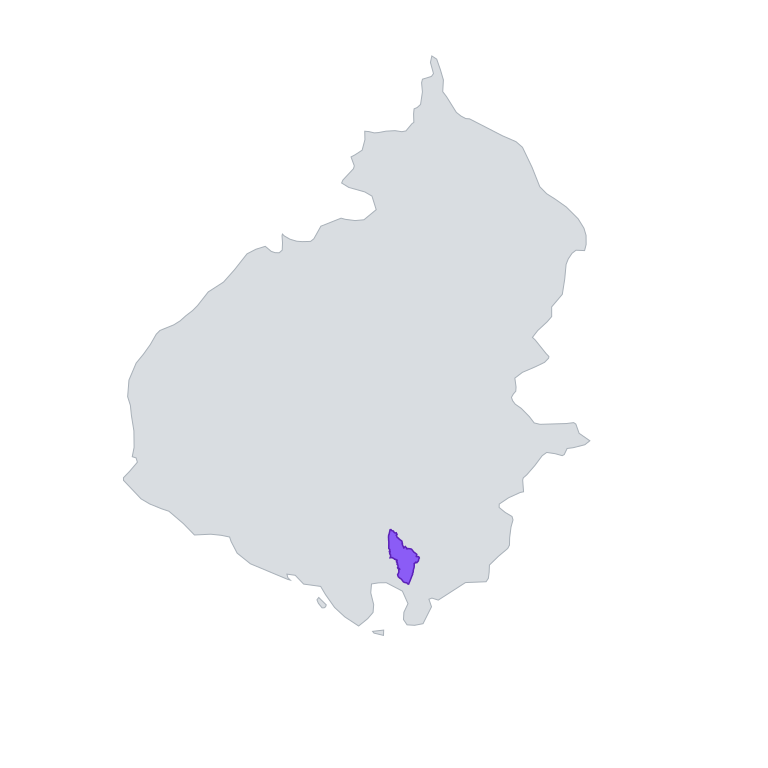 location of Kampong Seila, Kaôh Kong, Cambodia, rotated 319°
{"feature_id": "14789045B74772931755748", "entity_name": "Kampong Seila", "entity_type": "district", "adm_level": 2, "iso_a3": "KHM", "parent_name": "Cambodia", "parent_adm1": "Kaôh Kong", "projection": "mercator", "projection_center": [103.945, 11.169], "detail": "fine", "context": "in_parent", "style": "filled", "palette": "violet", "viewbox_px": 768, "rotation_deg": 319, "n_neighbors": 0, "source": "geoboundaries", "source_scale": "gbopen_adm2", "svg_char_len": 7855}
<svg xmlns="http://www.w3.org/2000/svg" viewBox="0 0 768 768"><g transform="rotate(319 384 384)"><path d="M635.3,167.8L636.9,173.4L632.7,183.9L628.3,193.5L620.1,201.9L619.7,208.1L616.8,226.5L617.9,232.3L619.8,237.3L622.5,240.0L629.7,258.0L636.2,274.3L642.6,287.7L643.8,296.2L637.9,317.6L631.0,337.3L631.6,347.1L634.5,356.9L637.7,370.0L638.9,386.7L637.1,397.6L634.0,404.4L628.1,411.3L622.9,414.9L616.7,409.0L611.7,408.7L605.1,410.5L599.9,413.2L589.2,423.4L577.4,433.3L561.1,435.8L554.8,443.1L548.0,444.1L535.1,444.5L526.6,446.2L527.0,449.9L526.3,467.3L526.5,471.4L525.2,472.5L519.4,473.0L509.5,470.3L496.1,466.0L486.6,465.4L481.7,472.9L478.7,475.9L475.1,476.4L471.4,477.7L470.1,481.1L469.8,485.3L471.6,492.5L472.3,504.0L471.8,511.9L475.3,516.8L495.7,533.5L501.8,537.6L502.5,540.1L498.9,549.2L502.1,561.9L495.7,561.6L485.0,556.2L479.9,552.8L473.7,555.5L471.5,555.0L467.4,548.8L461.9,542.4L456.3,541.9L444.3,544.5L432.2,546.2L427.6,546.2L425.7,547.4L418.6,556.9L415.6,555.2L403.4,551.6L392.2,550.2L389.9,552.7L391.2,560.4L393.7,568.0L392.2,571.2L386.1,575.2L378.0,582.4L373.0,587.9L369.5,589.3L357.2,589.1L344.8,589.8L339.9,595.0L335.3,599.1L331.3,600.2L315.2,587.3L283.2,582.7L279.7,577.0L276.7,575.9L273.7,583.3L256.2,590.5L248.8,586.2L243.4,580.9L244.2,574.5L249.3,569.3L258.0,565.5L262.0,552.4L255.4,535.5L249.6,530.6L243.4,526.7L237.0,532.9L231.5,543.7L225.9,549.2L217.8,550.4L206.1,550.0L201.6,534.0L200.1,520.2L201.7,504.5L203.4,495.2L192.1,482.3L191.5,470.1L186.0,463.8L184.4,467.0L184.6,470.5L183.0,468.0L165.2,432.0L162.2,415.3L165.3,402.5L167.1,398.2L161.9,391.4L154.7,383.7L141.9,373.6L141.0,357.7L138.2,338.9L134.4,332.5L128.5,320.9L125.3,311.3L124.2,285.8L125.9,283.8L134.9,283.0L146.6,281.2L148.4,277.1L146.3,273.7L153.8,267.9L164.5,255.3L172.7,242.1L178.6,233.7L182.2,225.4L194.1,213.7L210.7,205.6L221.9,203.7L233.6,200.9L244.8,197.0L250.1,196.6L264.0,201.4L271.5,202.6L279.4,202.5L287.6,203.0L294.7,202.5L311.8,199.2L329.8,201.8L346.0,199.7L366.0,195.9L375.8,198.3L384.7,202.2L385.9,209.9L388.0,213.5L391.0,216.2L395.0,216.2L400.1,210.8L404.3,205.2L405.7,204.2L405.9,206.9L408.0,213.0L411.8,219.0L415.7,222.9L422.1,228.2L426.3,228.4L439.9,223.5L460.4,230.7L462.8,234.3L469.4,241.7L476.6,246.9L492.5,247.3L498.2,234.3L495.5,226.4L486.4,212.6L483.9,204.5L486.8,203.1L502.2,201.5L504.7,199.9L508.1,191.0L512.3,192.0L520.9,193.2L529.9,187.1L535.3,180.6L538.2,183.6L541.4,188.1L544.9,190.7L551.4,194.5L558.5,200.0L563.0,205.3L566.6,207.4L575.7,205.9L578.2,206.1L583.5,199.6L587.2,196.1L590.4,197.1L595.0,197.0L604.6,188.8L610.0,181.3L613.0,179.2L621.6,183.0L625.0,182.2L630.0,171.8L635.3,167.8ZM195.5,512.8L193.8,513.8L192.1,513.7L190.4,512.3L190.6,506.5L191.8,502.9L194.7,502.3L195.5,512.8ZM222.3,569.5L218.7,573.4L213.0,565.4L213.1,563.2L222.3,569.5Z" fill="#d9dde1" stroke="#a8b0b8" stroke-width="1"/><path d="M293.5,497.7L293.1,497.9L292.1,498.6L291.6,499.0L290.5,499.8L289.4,500.6L289.1,500.7L289.0,500.9L288.9,500.9L288.7,501.0L288.4,501.1L288.1,501.3L287.9,501.6L287.6,501.9L287.2,502.2L287.0,502.4L286.7,502.8L286.1,503.6L285.6,504.2L285.1,504.8L284.7,505.4L284.4,505.9L283.6,506.8L283.2,507.3L282.4,508.2L281.8,508.8L281.5,509.2L280.8,510.0L279.8,511.1L279.6,511.5L279.8,512.1L279.8,512.3L279.7,512.7L279.6,513.0L279.4,513.1L279.3,513.3L279.0,513.5L278.7,513.7L278.4,513.7L278.1,513.9L278.0,514.0L278.2,514.3L278.1,514.6L278.4,514.7L278.3,514.8L277.9,515.1L277.7,515.3L277.4,515.3L277.2,515.6L277.1,515.9L276.9,515.9L276.8,516.1L276.8,516.3L277.0,516.7L276.9,517.2L276.8,517.3L276.7,517.4L276.4,517.6L276.4,517.8L275.8,518.5L275.6,518.8L275.2,518.9L274.9,518.9L275.0,518.8L274.9,518.8L274.8,519.2L275.0,519.2L275.2,519.4L275.4,519.5L275.6,519.8L275.9,520.0L276.0,520.1L275.9,520.2L276.0,520.3L276.2,520.5L276.4,520.7L276.5,520.8L276.5,521.0L276.5,521.3L276.7,521.5L276.8,521.9L277.0,522.6L277.1,522.8L277.0,523.2L277.1,523.3L277.3,523.4L277.3,523.6L277.4,523.9L277.6,523.9L277.7,524.0L277.8,524.1L277.8,524.3L277.7,524.5L277.8,524.8L277.8,525.0L277.9,524.9L278.0,524.8L278.0,524.7L278.1,524.9L278.1,525.0L278.2,525.3L278.2,525.5L278.3,525.6L278.2,525.8L277.9,526.0L277.6,526.0L277.6,525.8L277.3,525.9L277.3,526.1L277.1,526.2L277.0,526.4L276.7,526.5L276.7,526.8L276.5,527.0L276.8,526.9L276.9,527.1L276.7,527.2L276.7,527.3L276.8,527.4L276.8,527.5L276.7,527.8L276.5,528.0L276.3,528.2L276.1,528.2L275.9,528.3L276.0,528.4L275.9,528.5L276.0,528.6L276.1,528.9L276.0,529.0L275.7,529.2L275.7,529.4L275.5,529.6L275.5,530.0L275.3,530.4L275.1,530.7L274.8,531.0L274.5,531.2L274.1,531.3L273.7,531.5L273.6,532.0L273.7,532.4L273.7,532.7L273.8,532.9L274.0,532.8L274.0,532.6L273.9,532.4L274.2,532.4L274.3,532.7L274.3,533.0L274.2,533.1L273.9,533.3L274.1,533.4L274.4,533.4L274.5,533.5L274.3,533.8L274.3,534.0L274.2,534.2L273.6,534.0L273.3,534.1L273.1,534.1L272.6,534.6L272.4,534.9L272.2,535.2L272.1,535.4L271.9,535.6L271.5,535.8L271.4,535.9L270.6,536.3L270.3,536.5L270.0,536.6L269.5,536.6L269.4,536.6L269.2,537.0L268.9,537.3L268.3,538.9L268.4,539.4L268.4,539.8L268.5,540.2L268.5,540.4L268.5,540.7L268.5,540.9L268.6,541.1L268.8,541.6L268.9,542.0L269.1,543.3L269.0,543.6L268.9,544.2L268.9,544.5L268.9,544.9L268.9,545.3L268.8,545.7L268.8,546.0L268.9,546.3L269.2,547.0L269.3,547.2L269.9,548.1L270.2,548.3L270.7,548.9L270.8,549.1L270.8,549.3L270.7,549.9L270.7,550.1L270.8,550.5L270.9,550.8L271.0,550.9L271.1,551.0L271.3,551.2L273.1,550.3L273.4,550.1L273.7,550.0L275.0,549.4L275.6,549.0L276.3,548.7L277.6,548.0L278.1,547.7L278.4,547.6L278.8,547.3L280.2,546.7L280.3,546.6L280.5,546.5L280.7,546.4L280.8,546.4L281.1,546.0L281.1,545.8L281.5,545.6L281.8,545.5L282.2,545.3L282.4,545.2L282.6,545.1L282.8,545.0L283.1,544.7L283.3,544.3L283.5,544.1L284.0,543.8L284.2,543.7L284.5,543.4L284.7,543.2L285.0,543.0L285.2,542.9L285.6,542.7L285.8,542.6L286.0,542.4L286.5,542.1L286.9,541.7L287.2,541.4L287.4,541.1L287.5,541.1L287.8,540.7L288.7,539.7L289.0,539.3L289.4,539.4L289.6,539.4L289.7,539.5L290.2,539.5L290.4,539.4L290.6,539.4L290.8,539.3L291.1,539.3L291.2,539.5L291.4,540.0L291.5,540.4L292.1,540.3L292.3,540.2L292.8,540.2L293.3,540.2L293.9,540.0L294.2,539.8L294.4,539.7L294.7,539.4L295.1,539.1L295.5,538.9L296.0,538.7L296.4,538.5L296.5,538.5L296.7,538.2L296.8,537.7L296.8,537.1L296.7,537.1L296.4,536.8L296.1,536.4L295.3,535.6L295.2,535.5L295.2,535.3L295.3,535.2L295.5,535.1L295.8,534.9L296.2,534.7L296.4,534.7L296.6,534.6L296.7,534.3L296.9,534.2L297.0,534.0L297.0,533.9L296.9,533.6L296.9,533.4L296.8,533.1L296.7,532.5L296.7,532.2L296.3,530.8L296.2,530.5L296.3,530.1L296.3,529.1L296.3,528.7L296.4,527.7L296.4,526.7L296.2,526.3L296.0,526.1L295.7,525.6L295.5,525.4L295.2,525.0L294.9,524.7L294.6,524.3L294.4,524.2L293.7,523.9L293.3,523.6L293.1,523.4L293.0,523.2L293.3,522.9L293.5,522.8L293.6,522.7L293.5,522.1L293.4,521.9L293.4,521.6L293.4,521.4L293.4,520.9L293.4,520.6L292.4,520.7L292.1,520.7L291.7,520.8L291.4,520.8L291.4,520.5L291.5,520.3L291.6,520.0L291.8,519.8L292.0,519.4L292.1,518.9L292.0,518.6L292.0,518.4L292.1,518.1L292.3,517.9L292.4,517.7L292.5,517.6L292.5,517.3L292.6,517.2L292.9,516.5L293.0,516.3L293.3,516.3L293.3,516.2L293.5,516.0L293.7,515.6L293.9,515.3L294.3,514.6L294.4,514.4L294.4,514.1L294.4,513.7L294.2,513.5L294.1,513.2L294.1,512.7L294.0,512.4L293.9,512.2L293.9,511.9L293.9,511.7L293.8,511.4L293.8,510.9L293.7,510.8L293.6,510.6L293.7,510.2L293.8,509.8L293.7,509.7L293.6,509.3L293.4,509.1L293.3,508.9L293.3,508.4L293.4,508.1L293.5,507.8L293.7,507.5L293.8,507.1L294.0,506.7L294.0,506.2L294.5,506.0L294.9,506.2L295.0,506.2L295.3,506.0L295.3,505.8L295.3,505.6L295.2,505.4L295.3,505.2L295.4,504.9L295.4,504.7L295.4,504.4L295.5,504.3L295.3,504.2L294.9,503.9L294.7,503.7L294.3,502.7L294.4,502.3L294.5,502.0L294.6,501.5L294.6,501.3L294.6,501.1L294.5,500.9L294.0,500.3L293.9,500.1L293.8,499.9L293.7,499.7L293.7,499.4L293.7,499.1L293.8,498.5L293.8,498.4L293.7,498.3L293.4,498.0L293.4,497.8L293.5,497.7Z" fill="#8b5cf6" stroke="#5b21b6" stroke-width="1.5"/></g></svg>